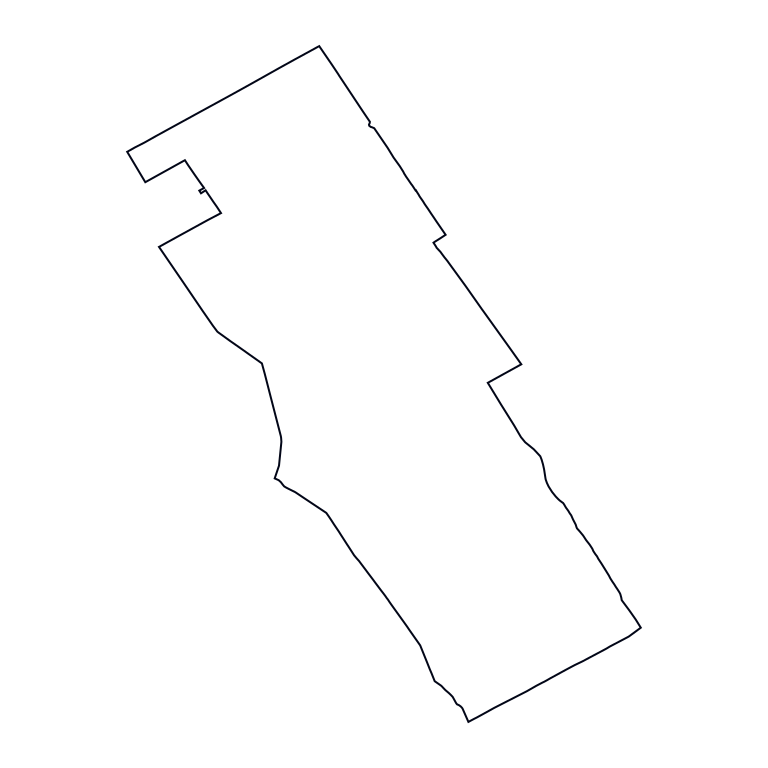 Ulmeni, Buzau, Romania (Albers equal-area conic projection)
{"feature_id": "2599482B81185008860025", "entity_name": "Ulmeni", "entity_type": "district", "adm_level": 2, "iso_a3": "ROU", "parent_name": "Romania", "parent_adm1": "Buzau", "projection": "albers", "projection_center": [26.636, 45.037], "detail": "fine", "context": "isolated", "style": "outline", "palette": "ink", "viewbox_px": 768, "rotation_deg": 0, "n_neighbors": 0, "source": "geoboundaries", "source_scale": "gbopen_adm2", "svg_char_len": 3081}
<svg xmlns="http://www.w3.org/2000/svg" viewBox="0 0 768 768"><path d="M559.7,500.5L558.2,499.1L555.7,496.5L552.1,492.0L548.6,486.5L546.9,482.9L545.7,479.5L545.5,478.5L544.1,469.4L543.0,464.4L541.6,459.6L540.3,456.3L533.8,449.3L525.2,442.3L521.0,437.2L518.7,433.3L514.1,425.4L501.2,404.8L487.8,382.8L521.3,364.3L509.8,348.1L482.7,310.3L482.3,309.8L465.5,285.9L448.4,262.4L447.8,261.5L445.9,259.1L444.5,257.4L442.2,254.3L440.4,251.8L438.7,250.0L437.5,248.7L436.5,247.6L436.1,246.7L433.5,242.7L434.6,241.9L440.6,238.1L445.6,234.8L436.4,221.4L434.4,218.4L431.2,213.7L427.9,208.7L425.8,205.7L424.7,204.1L423.0,201.3L420.2,197.3L419.6,196.4L419.3,195.9L419.1,195.5L418.6,194.6L417.5,192.9L415.9,190.3L415.6,190.5L414.1,188.2L412.2,185.3L411.3,184.2L408.3,179.8L406.0,176.5L405.1,175.0L404.3,173.8L403.2,171.6L399.8,166.2L393.6,157.6L387.6,147.8L374.2,128.2L371.8,127.2L370.7,126.9L369.2,125.7L369.0,124.5L369.7,123.1L369.9,121.8L362.8,111.3L339.3,75.9L338.4,74.4L336.6,71.7L332.2,65.1L319.2,46.1L294.5,59.6L279.5,67.9L259.4,79.2L240.2,89.9L222.2,99.8L210.5,106.2L195.5,114.4L174.7,125.8L165.4,130.9L156.1,136.0L144.4,142.6L135.0,147.4L127.2,151.8L145.3,182.2L184.9,160.2L188.0,165.0L194.5,174.5L198.7,180.5L201.7,184.7L204.1,188.0L199.3,190.6L201.0,193.3L205.6,190.3L207.7,193.5L209.9,196.7L213.2,201.6L216.8,206.7L221.0,213.1L207.9,220.0L202.4,223.0L193.1,228.1L176.2,237.4L159.0,246.9L184.9,284.8L193.4,297.3L202.5,310.7L212.9,325.7L217.3,331.6L218.4,332.5L223.0,335.8L230.3,341.1L240.9,348.5L248.5,353.9L261.9,363.4L264.8,374.0L270.5,396.2L280.8,436.0L281.1,437.7L281.4,441.8L279.0,465.7L274.7,478.4L278.7,480.2L280.9,482.2L282.7,484.6L284.2,486.4L286.2,487.6L288.9,489.0L295.3,492.2L304.1,498.1L326.3,512.9L328.9,516.6L331.5,520.5L334.0,524.4L339.0,531.8L340.3,533.9L347.5,545.1L347.8,545.5L350.9,550.3L354.1,555.3L356.6,558.3L359.3,561.3L359.4,561.5L368.0,573.0L373.3,580.0L374.9,582.2L381.2,590.6L383.3,593.3L385.4,596.1L386.9,598.3L387.8,599.4L389.5,602.0L391.1,604.3L392.6,606.4L393.6,607.8L402.3,619.9L407.1,626.6L409.6,630.3L420.2,645.4L427.2,662.7L429.9,669.5L431.5,673.2L434.7,681.2L441.3,685.8L444.7,689.4L445.5,690.2L448.8,693.0L450.8,694.9L452.7,696.9L456.1,703.1L457.0,704.3L459.0,705.2L460.8,706.5L462.1,707.9L462.6,708.7L465.5,715.3L468.4,721.9L474.2,718.8L476.6,717.6L481.0,715.2L494.2,707.9L506.9,701.4L526.9,691.2L536.3,685.8L542.4,682.6L544.3,681.7L547.2,680.1L550.3,678.3L565.5,670.0L570.9,667.1L574.9,665.0L582.6,661.3L589.5,657.6L597.8,653.2L606.6,648.5L609.7,646.6L613.3,644.7L623.4,639.4L628.7,636.6L640.8,627.7L635.7,619.5L629.1,610.1L622.4,601.1L621.7,600.1L621.3,597.7L620.3,594.1L619.5,592.5L617.4,589.2L615.7,586.7L614.3,584.4L612.5,581.8L610.4,578.5L608.8,575.4L601.6,563.8L598.3,558.8L597.0,556.3L595.3,554.1L593.4,551.2L592.4,548.9L591.6,547.6L589.7,544.7L588.3,542.9L587.1,541.4L586.1,540.1L583.1,535.5L579.8,531.5L577.0,528.4L576.5,527.2L575.7,524.6L573.0,519.4L571.2,515.3L569.8,513.4L568.2,510.7L566.0,507.7L564.7,505.5L564.5,505.1L563.6,503.7L563.1,503.0L562.8,502.8L562.5,502.6L559.7,500.5Z" fill="none" stroke="#020617" stroke-width="2"/></svg>